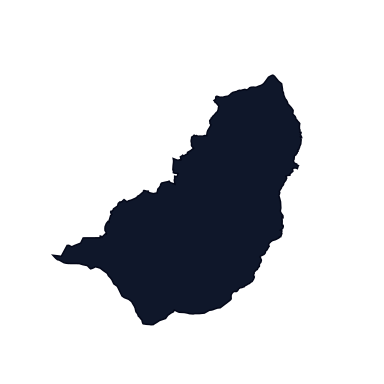 the district of Prundu Bargaului, Bistrita-Nasaud, Romania, rotated 205°
{"feature_id": "2599482B22681076252841", "entity_name": "Prundu Bargaului", "entity_type": "district", "adm_level": 2, "iso_a3": "ROU", "parent_name": "Romania", "parent_adm1": "Bistrita-Nasaud", "projection": "natural_earth1", "projection_center": [24.734, 47.226], "detail": "fine", "context": "isolated", "style": "filled", "palette": "ink", "viewbox_px": 384, "rotation_deg": 205, "n_neighbors": 0, "source": "geoboundaries", "source_scale": "gbopen_adm2", "svg_char_len": 6042}
<svg xmlns="http://www.w3.org/2000/svg" viewBox="0 0 384 384"><g transform="rotate(205 192 192)"><path d="M168.1,332.1L169.2,331.1L171.2,328.4L172.1,323.6L172.9,320.3L174.1,318.3L175.1,317.2L176.3,316.1L177.8,314.4L179.1,313.5L180.3,313.2L182.7,311.9L183.8,310.9L184.5,308.9L185.8,307.5L187.4,307.4L189.7,305.6L190.6,304.6L191.6,304.5L193.1,303.3L193.8,302.2L197.1,299.5L197.5,298.7L198.1,298.0L198.4,296.8L199.5,294.6L200.3,293.8L201.6,293.0L203.1,291.9L203.8,291.1L206.0,290.1L206.8,289.6L207.9,289.6L209.3,289.4L209.9,289.3L210.3,289.0L210.5,288.7L210.6,288.2L210.5,287.8L210.3,287.6L210.2,287.0L209.8,286.1L210.0,285.5L210.8,284.2L210.6,284.1L209.9,284.0L209.6,283.6L208.9,283.0L208.4,283.2L206.8,282.5L203.9,281.1L203.7,279.6L203.1,277.8L202.9,275.6L203.6,274.2L204.5,270.8L205.0,269.9L205.3,268.5L205.2,267.3L205.7,267.2L205.6,266.7L206.1,264.2L205.9,263.7L205.2,263.0L205.0,262.3L204.7,261.8L203.3,261.0L203.1,259.7L203.7,254.4L203.5,252.6L202.5,249.2L204.3,248.6L205.8,247.2L207.1,246.6L208.7,245.9L210.1,245.1L212.0,245.0L212.5,244.2L214.1,244.4L214.7,242.7L215.5,241.6L215.0,240.3L214.7,238.8L214.3,237.7L212.9,235.8L212.3,234.2L211.6,233.5L209.1,232.4L210.6,229.1L212.8,226.0L212.0,224.8L212.7,224.2L214.3,221.8L214.8,221.3L215.0,221.2L216.0,221.4L216.1,220.9L217.4,218.9L216.9,218.5L216.6,218.0L215.5,216.5L215.8,216.0L217.0,215.9L217.9,215.0L219.3,214.6L223.2,214.4L222.0,212.7L221.3,211.1L220.2,207.8L218.7,204.0L218.1,204.2L217.1,201.7L216.0,202.0L215.9,201.7L212.4,202.9L212.1,199.6L212.7,199.3L214.4,199.0L213.5,197.0L213.0,196.1L213.2,195.4L212.1,193.9L210.8,191.8L211.9,191.8L215.7,191.3L217.3,192.2L218.3,191.1L220.0,189.9L223.3,187.3L223.5,186.7L223.6,185.5L223.2,184.7L223.5,182.1L224.0,181.0L224.2,180.1L223.8,178.8L223.6,177.4L223.3,176.3L223.6,176.2L226.3,174.2L229.5,173.5L230.5,173.5L231.6,173.2L232.0,174.3L233.6,173.6L236.2,173.1L236.4,172.5L236.1,172.2L236.4,170.6L237.0,169.8L237.2,168.9L237.7,168.3L238.1,166.9L239.3,165.5L239.6,164.9L239.6,164.1L239.9,163.5L240.3,163.0L240.6,162.4L241.3,161.7L243.2,159.5L244.0,158.7L245.8,157.2L246.8,155.6L250.4,156.4L251.1,154.7L251.2,153.9L251.9,153.3L252.3,152.4L253.1,152.6L253.4,152.0L254.0,150.6L253.9,149.6L253.7,148.9L253.6,147.5L254.3,146.5L255.5,144.4L256.0,143.7L255.9,142.5L256.3,140.8L257.3,140.4L257.3,139.6L256.8,138.8L255.2,137.8L255.8,136.2L255.3,133.1L255.2,132.1L255.0,130.8L254.3,129.8L254.3,129.4L255.7,129.8L255.9,129.0L256.3,127.3L256.1,123.8L255.5,122.2L254.6,120.4L252.7,119.1L252.6,118.7L251.9,118.1L251.9,117.7L252.6,117.7L252.8,117.5L254.2,113.8L254.4,112.8L256.0,113.5L256.6,113.2L256.2,112.5L256.0,111.6L271.2,104.4L271.3,98.6L275.8,93.9L277.8,91.5L281.1,91.6L282.6,90.8L283.3,78.5L291.3,75.9L288.9,74.9L287.3,74.3L285.3,73.8L283.6,74.2L278.1,73.8L275.9,74.3L274.1,74.9L270.2,76.6L268.1,77.6L263.9,79.5L260.3,80.0L256.1,81.0L255.5,81.0L252.8,79.9L251.4,79.5L250.4,80.4L249.1,81.8L248.0,83.4L246.0,83.8L242.9,84.2L239.1,83.3L235.5,82.7L234.3,82.4L232.4,80.8L229.5,79.7L227.5,78.6L224.0,75.7L220.3,75.1L219.1,74.4L211.5,68.2L208.7,67.7L204.0,68.0L199.9,67.0L199.7,66.6L197.1,64.8L196.4,64.4L194.5,62.8L192.7,60.4L191.9,59.6L190.4,58.9L189.2,58.0L188.3,56.9L186.3,56.3L185.1,55.5L183.5,55.0L181.7,52.8L181.3,52.5L181.1,52.2L180.5,51.9L179.2,52.3L177.2,52.9L174.7,53.9L173.0,54.4L171.0,55.5L170.4,56.7L169.0,58.7L167.1,61.8L162.5,66.2L162.1,68.6L161.7,70.3L159.8,73.6L158.2,75.6L158.2,77.6L154.6,77.5L152.8,77.6L147.9,79.6L144.3,80.5L143.1,80.6L139.4,82.0L138.2,82.9L133.8,85.0L129.6,87.5L126.3,92.1L124.4,93.3L123.2,94.3L122.5,95.1L119.9,97.6L117.5,99.0L111.9,109.7L111.4,111.0L111.4,111.8L112.4,113.7L113.0,115.2L113.0,116.6L112.8,117.7L112.4,118.8L111.9,119.6L109.8,120.5L109.3,121.1L108.9,122.5L108.9,123.5L108.7,124.2L108.0,125.4L106.4,126.5L105.9,127.0L105.4,127.6L104.7,128.1L104.6,129.0L102.4,132.0L102.3,132.5L101.4,133.2L100.5,135.3L99.9,136.0L99.7,136.4L99.4,139.0L99.5,140.9L99.8,141.1L100.0,141.3L100.0,141.8L100.4,141.7L101.1,142.6L101.3,143.7L101.3,144.7L101.7,145.2L101.8,145.7L100.8,148.6L100.3,149.1L100.1,149.4L100.1,150.1L100.1,151.4L99.9,152.0L99.5,153.0L99.8,153.8L100.2,154.2L100.4,155.9L100.0,156.9L99.9,157.6L100.2,159.0L100.3,159.5L100.8,160.1L101.4,160.5L102.0,161.3L102.7,161.6L102.9,162.0L103.0,162.5L102.7,163.0L100.4,165.8L100.0,167.0L99.9,167.9L100.3,169.4L100.2,169.8L99.6,171.1L99.5,172.3L99.4,174.3L99.1,175.4L99.3,175.6L100.0,176.0L100.5,177.6L100.3,178.4L99.9,179.3L99.6,180.3L99.0,181.2L98.9,181.7L96.2,184.1L94.6,186.1L93.6,187.6L93.8,188.3L92.7,188.9L93.0,192.2L93.4,192.2L94.1,194.8L95.7,194.8L95.2,195.6L94.5,197.0L94.5,197.3L94.5,198.1L94.6,198.8L94.8,199.5L95.4,200.3L96.4,200.1L98.0,203.8L99.9,207.3L100.0,207.6L99.7,207.6L99.4,207.1L99.1,206.9L98.6,207.1L99.2,208.3L99.6,209.0L101.9,210.3L103.4,211.4L104.0,212.3L104.7,215.0L106.3,218.0L107.6,220.5L109.9,223.3L111.8,225.5L111.9,227.0L112.2,228.5L113.0,229.2L113.2,229.7L112.7,233.4L112.9,234.8L112.4,236.2L112.2,237.3L112.5,238.3L112.6,238.8L112.6,239.2L112.4,239.9L112.5,240.5L112.1,241.3L111.9,242.4L112.1,244.1L112.0,244.5L112.5,245.1L113.5,245.9L113.3,246.4L111.9,247.7L110.6,248.4L110.3,248.8L110.8,249.5L110.8,250.0L109.3,253.4L110.8,255.6L110.2,256.4L108.7,257.4L107.4,257.7L106.4,257.7L106.5,258.3L106.6,259.2L106.8,259.9L106.7,260.9L108.1,260.8L108.9,261.6L109.8,261.5L111.1,261.5L112.0,261.7L113.5,263.5L113.3,264.6L114.4,267.9L114.2,268.8L113.6,269.4L113.6,270.1L113.2,271.6L113.5,273.4L113.1,273.7L113.9,275.0L113.3,275.4L113.5,278.3L113.7,278.8L113.7,281.4L115.2,285.6L115.5,286.0L116.9,287.5L115.7,287.8L116.3,288.5L117.8,289.6L118.1,289.9L118.1,291.3L118.2,291.9L118.6,292.2L119.1,292.0L119.7,291.9L120.3,293.8L121.3,294.6L122.5,297.1L123.3,299.6L124.4,300.2L126.0,300.8L127.3,301.6L128.1,301.7L128.9,302.4L129.3,303.0L129.6,303.3L130.6,304.1L131.6,304.5L132.9,304.9L133.8,305.5L134.2,307.0L134.9,308.8L137.6,310.4L142.8,312.6L142.9,313.1L144.0,314.2L145.3,315.2L146.9,315.9L149.9,318.7L151.0,320.5L152.9,322.2L153.4,323.4L156.5,328.0L160.5,329.0L166.2,331.8L168.1,332.1Z" fill="#0f172a" stroke="#020617" stroke-width="1.5"/></g></svg>